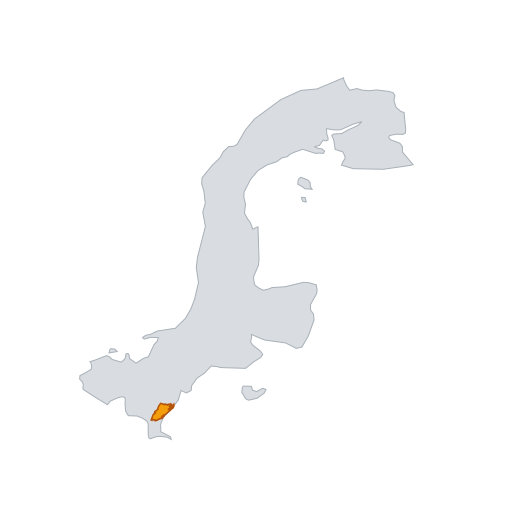 Alanje, Chiriquí, Panama shown in context, rotated 302°
{"feature_id": "35544464B2044400904902", "entity_name": "Alanje", "entity_type": "district", "adm_level": 2, "iso_a3": "PAN", "parent_name": "Panama", "parent_adm1": "Chiriquí", "projection": "albers", "projection_center": [-82.58, 8.37], "detail": "fine", "context": "in_parent", "style": "filled", "palette": "amber", "viewbox_px": 512, "rotation_deg": 302, "n_neighbors": 0, "source": "geoboundaries", "source_scale": "gbopen_adm2", "svg_char_len": 7359}
<svg xmlns="http://www.w3.org/2000/svg" viewBox="0 0 512 512"><g transform="rotate(302 256 256)"><path d="M453.6,235.8L452.2,236.8L448.3,242.7L446.2,247.6L451.4,252.8L453.0,258.3L456.0,264.2L460.7,270.2L465.9,281.3L467.1,285.8L465.7,288.7L460.9,290.6L456.4,295.9L455.3,302.3L456.2,305.5L442.7,315.8L439.3,317.6L436.9,316.0L434.0,310.9L430.4,306.9L428.6,305.4L427.5,305.4L426.4,306.3L425.9,308.6L427.9,318.2L426.4,322.1L421.8,325.1L416.7,340.8L414.6,338.8L397.0,318.0L381.6,292.2L378.3,280.4L382.2,279.7L386.0,279.9L388.0,278.1L390.3,274.6L388.3,266.7L395.6,260.5L398.3,256.4L400.3,256.9L405.2,263.7L412.2,267.6L420.8,273.3L426.1,274.6L419.4,268.6L407.7,260.7L404.4,255.5L401.3,248.3L396.8,251.5L394.7,254.2L392.4,255.7L390.4,253.9L390.0,251.6L383.2,251.2L381.4,249.1L379.6,247.9L380.5,252.4L381.8,255.2L381.2,258.6L378.9,258.9L377.0,255.4L374.6,252.2L371.2,239.0L363.4,232.8L359.9,230.8L356.9,230.0L352.6,225.8L346.9,223.6L339.1,217.1L329.6,212.4L318.0,210.8L303.9,212.0L299.2,214.7L296.0,218.0L294.5,219.6L286.2,223.5L283.1,229.0L281.2,233.7L277.1,239.0L281.8,242.2L254.8,260.3L249.4,263.0L237.2,264.9L234.4,266.8L230.7,270.4L230.3,275.8L230.9,280.4L234.4,283.9L237.6,286.2L245.2,296.8L258.8,310.2L261.4,315.1L263.5,322.4L259.4,325.9L256.3,327.3L243.5,328.0L239.1,330.9L237.3,335.4L232.6,339.1L216.1,342.7L203.1,343.2L199.0,339.1L198.0,327.3L189.2,307.4L187.0,293.6L184.9,295.3L180.3,296.9L178.7,300.4L177.6,310.5L175.9,314.0L172.3,313.7L165.0,310.1L155.2,306.7L142.7,285.2L141.4,281.2L138.9,276.3L129.3,274.3L121.1,270.7L112.2,270.1L107.6,272.2L103.0,269.6L102.2,263.7L92.8,266.4L80.8,265.4L70.0,262.9L62.7,264.3L56.5,268.4L57.4,279.2L55.5,281.3L55.3,276.9L53.1,271.9L50.6,267.7L45.1,263.3L44.9,261.7L47.0,259.5L56.8,253.3L58.1,250.7L58.2,245.2L57.3,240.0L52.9,232.3L55.4,227.6L60.5,223.8L65.7,220.7L66.5,219.5L65.6,216.9L62.6,214.0L55.5,209.2L51.2,208.9L51.0,195.1L51.3,180.5L52.3,179.0L54.9,178.1L57.0,175.9L58.2,171.6L61.3,170.1L66.9,173.4L72.6,176.3L75.0,175.4L76.7,173.9L78.0,172.5L78.4,171.2L83.0,175.1L92.3,182.0L92.9,185.4L92.0,188.7L94.6,198.0L99.4,199.4L104.3,197.6L105.5,199.3L104.6,201.0L102.1,203.0L101.5,211.0L109.5,214.8L113.5,218.1L126.8,216.5L131.7,217.4L135.0,216.4L131.3,209.9L126.3,205.2L126.7,203.0L130.5,204.6L133.4,207.9L139.9,211.9L152.0,225.9L165.8,229.2L176.7,228.8L186.8,226.8L203.0,221.3L214.7,211.4L224.1,207.0L254.3,197.4L265.0,187.6L269.5,186.3L273.9,185.0L283.3,177.5L288.4,171.7L293.8,168.8L309.8,170.8L320.2,173.4L327.4,173.0L334.3,174.8L337.3,179.0L340.5,180.8L357.4,180.2L371.3,182.1L401.9,194.2L420.2,206.3L430.0,219.2L453.6,235.8ZM148.1,335.2L144.1,335.6L136.0,332.4L130.0,326.4L129.5,324.4L129.7,322.4L132.9,316.2L137.2,314.1L138.9,314.1L143.1,321.2L140.3,324.0L141.4,328.4L147.3,331.7L148.1,335.2ZM343.7,265.2L342.3,268.3L338.8,261.4L339.3,259.6L339.0,253.4L342.3,251.7L344.6,251.5L346.6,252.4L347.9,259.7L346.9,263.1L343.7,265.2ZM102.2,185.5L101.4,188.9L95.9,182.7L99.2,181.7L100.4,181.9L102.2,185.5ZM331.6,266.7L328.4,270.0L327.1,266.9L329.3,263.7L330.1,263.7L331.6,266.7Z" fill="#d9dde1" stroke="#a8b0b8" stroke-width="1"/><path d="M68.3,262.0L68.6,262.0L69.1,262.2L69.3,262.1L69.5,262.1L69.4,262.0L69.3,261.8L69.2,261.9L69.3,261.7L69.1,261.8L69.3,261.8L69.4,262.0L69.5,261.7L69.7,261.8L69.6,262.1L69.8,262.2L70.3,262.2L70.6,262.1L70.8,262.2L71.0,262.1L71.3,262.1L71.1,261.9L71.1,261.7L71.3,261.6L71.5,261.5L71.4,261.6L71.1,261.7L71.0,261.8L71.4,262.0L71.1,262.1L70.8,262.2L70.8,262.3L71.1,262.3L71.5,262.2L71.7,262.4L72.2,262.3L72.3,262.4L72.3,262.5L72.1,262.5L72.1,262.4L72.0,262.5L72.0,262.4L71.8,262.5L71.5,262.5L71.4,262.4L71.5,262.3L71.2,262.4L70.8,262.4L70.6,262.3L70.3,262.4L69.7,262.3L69.4,262.3L69.1,262.2L68.9,262.2L68.6,262.3L69.8,262.4L71.3,262.5L71.8,262.6L73.0,262.9L74.7,263.5L77.9,264.4L80.3,265.1L81.1,265.4L82.2,265.7L83.3,266.2L83.6,266.1L83.4,266.0L83.1,265.9L83.1,265.7L83.3,265.7L83.5,265.7L83.6,265.8L83.8,265.8L83.7,265.9L83.9,265.9L84.1,266.1L84.4,266.1L85.0,266.0L85.4,265.7L85.6,265.5L85.9,265.4L86.2,265.4L86.5,265.1L85.9,265.2L85.9,264.9L85.7,264.7L85.4,264.8L85.2,264.8L85.3,265.0L85.2,265.1L85.2,264.7L85.0,264.8L84.7,264.7L84.3,264.9L83.9,265.0L83.7,265.2L83.0,264.7L82.6,264.9L82.1,264.8L81.9,264.7L81.4,264.4L81.2,264.1L80.8,264.0L80.9,264.3L80.7,264.6L80.4,264.5L80.6,264.8L80.8,264.8L80.7,264.9L80.4,264.6L80.5,264.5L80.8,264.2L80.7,264.1L80.3,264.1L80.0,264.1L80.0,264.4L79.8,264.3L79.8,264.2L79.7,264.3L79.7,264.2L79.8,264.2L79.9,264.3L80.0,264.1L80.3,264.1L80.1,264.0L80.0,263.8L79.8,263.8L79.9,263.6L79.7,263.8L79.7,263.6L79.9,263.6L79.9,263.8L80.1,263.7L80.0,263.4L79.9,263.5L79.8,263.4L79.8,263.5L79.7,263.5L79.7,263.4L79.5,263.2L79.4,263.2L79.5,263.2L79.8,263.3L79.7,263.5L79.8,263.4L79.9,263.5L80.1,263.4L80.2,263.5L80.0,263.8L80.2,264.0L80.7,264.0L81.1,263.9L81.1,263.7L81.3,263.8L81.1,263.8L81.4,264.0L81.4,263.9L81.5,263.9L81.4,264.0L81.8,264.4L82.1,264.6L82.4,264.7L82.5,264.5L82.4,264.3L82.2,264.3L82.1,264.2L82.2,263.9L82.1,264.0L82.1,263.8L82.3,263.9L82.3,264.1L82.1,264.1L82.4,264.3L82.5,264.5L82.7,264.4L82.9,264.1L82.9,263.9L82.5,264.0L82.4,264.0L82.4,263.8L82.8,263.6L82.7,263.5L82.5,263.4L82.8,263.3L83.0,263.4L83.2,263.2L82.9,263.1L82.9,262.9L82.7,263.1L82.5,262.9L82.5,263.0L82.3,263.0L82.4,262.9L82.7,263.0L82.9,262.9L82.9,263.0L83.0,262.9L83.2,263.2L83.2,263.3L82.9,263.4L82.5,263.4L82.7,263.5L82.8,263.5L82.7,263.8L82.9,263.8L83.0,263.9L83.1,264.0L83.0,264.5L83.8,264.7L84.0,264.7L84.1,264.4L84.3,264.4L84.6,264.0L84.4,263.9L84.3,263.7L84.0,263.7L84.1,263.8L84.0,263.7L84.3,263.6L84.1,263.3L83.9,263.5L83.7,263.5L83.7,263.4L83.9,263.3L83.9,263.2L83.7,263.1L83.7,262.9L83.6,263.0L83.8,263.0L83.9,263.3L83.7,263.4L83.7,263.5L83.9,263.5L84.0,263.3L84.5,263.9L84.7,263.5L84.7,263.3L84.5,263.1L84.4,263.1L84.4,262.9L84.3,263.1L84.5,263.1L84.5,263.3L84.8,263.2L84.7,263.4L84.8,263.4L85.1,263.2L85.3,263.1L85.2,262.9L84.9,263.1L84.8,262.9L84.7,262.8L84.7,262.7L84.9,262.5L84.7,262.5L84.5,262.3L84.6,261.9L84.7,261.7L84.9,261.6L84.5,261.4L84.2,260.8L83.9,261.0L83.8,260.9L83.7,260.7L83.8,260.5L83.7,260.0L83.1,260.0L82.8,260.0L82.5,259.6L82.6,259.3L82.6,259.2L82.5,258.5L82.5,258.3L82.5,258.0L82.4,257.7L82.2,257.5L82.3,257.3L82.3,257.2L81.9,257.1L80.7,257.1L80.9,257.1L81.0,256.9L81.2,256.3L81.1,255.4L81.2,255.1L80.7,254.0L80.7,253.7L80.5,253.3L80.5,253.2L76.9,253.0L74.1,253.7L74.0,253.9L73.5,253.6L72.3,253.5L72.0,253.3L71.7,253.1L71.2,253.0L70.7,252.8L70.5,252.6L70.3,252.6L70.2,252.7L69.9,252.9L69.8,253.0L69.6,253.0L69.6,253.6L69.3,253.4L69.2,253.6L68.9,253.7L68.7,253.7L68.5,253.2L68.4,253.2L68.2,253.1L67.9,253.1L67.5,253.0L67.2,253.0L66.8,252.9L61.4,254.0L61.5,254.2L61.5,254.6L61.9,254.4L62.0,254.3L62.1,254.6L62.1,254.9L62.6,255.1L62.5,255.4L62.5,255.6L62.8,256.0L63.0,256.0L62.9,256.7L63.1,256.7L63.2,256.8L62.9,257.2L62.9,257.3L63.1,257.2L63.2,257.3L63.3,257.4L63.4,257.6L63.1,257.9L63.3,258.1L63.2,258.2L63.2,258.3L63.4,258.4L63.7,258.4L63.8,258.6L64.2,258.6L64.3,258.8L64.5,259.4L64.9,259.4L65.3,259.6L65.7,259.6L65.8,259.7L65.6,259.9L65.7,260.0L66.1,260.1L66.2,260.3L66.5,260.5L66.9,260.6L67.1,260.6L67.2,261.1L67.3,261.2L67.7,261.1L67.8,261.1L68.0,261.4L68.0,261.7L68.2,261.8L68.3,262.0ZM68.5,262.2L68.4,262.2L68.5,262.3L68.8,262.2L68.7,262.1L68.5,262.2ZM69.7,261.8L69.5,262.0L69.7,261.9L69.7,261.8ZM69.8,262.3L69.6,262.2L69.4,262.3L69.8,262.3ZM69.6,262.2L69.4,262.2L69.6,262.2Z" fill="#f59e0b" stroke="#b45309" stroke-width="1.5"/></g></svg>